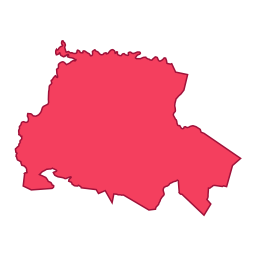 the district of Pluma Hidalgo, Oaxaca, Mexico
{"feature_id": "50627088B69643884301220", "entity_name": "Pluma Hidalgo", "entity_type": "district", "adm_level": 2, "iso_a3": "MEX", "parent_name": "Mexico", "parent_adm1": "Oaxaca", "projection": "mercator", "projection_center": [-96.45, 15.922], "detail": "fine", "context": "isolated", "style": "filled", "palette": "rose", "viewbox_px": 256, "rotation_deg": 0, "n_neighbors": 0, "source": "geoboundaries", "source_scale": "gbopen_adm2", "svg_char_len": 5596}
<svg xmlns="http://www.w3.org/2000/svg" viewBox="0 0 256 256"><path d="M240.6,158.4L204.1,133.4L201.3,132.3L200.9,131.8L200.3,129.6L199.7,129.0L196.0,126.7L193.2,125.8L192.4,125.8L190.2,126.4L188.9,127.2L187.4,127.6L186.3,127.3L185.8,126.9L185.3,126.7L184.8,126.8L184.0,127.2L183.7,128.3L182.8,128.7L182.2,128.6L181.3,128.2L180.2,126.4L179.7,125.6L178.6,125.6L177.7,125.2L177.0,123.2L176.7,121.1L176.4,120.3L176.2,119.8L175.4,119.2L174.7,117.7L173.5,115.6L173.3,114.7L173.5,113.8L174.0,112.8L175.2,111.5L175.4,110.4L175.2,108.3L174.7,105.8L175.0,103.1L176.1,98.8L177.3,97.6L178.4,96.2L181.0,93.9L183.9,90.1L187.6,74.6L175.6,72.1L171.7,63.7L170.4,64.1L167.8,63.6L167.0,63.3L166.7,62.0L166.5,60.6L165.6,58.1L164.2,57.9L163.5,58.8L161.9,60.2L160.4,61.0L159.7,61.2L158.9,60.7L158.2,59.8L157.3,57.6L156.7,57.2L155.3,56.9L152.8,59.0L151.8,60.2L150.0,59.9L149.2,59.2L148.3,59.1L147.4,58.6L146.4,58.1L145.8,57.2L144.0,57.3L143.1,57.5L140.4,58.7L136.5,58.7L135.5,58.0L135.5,57.5L136.9,55.6L137.7,54.9L138.7,54.6L139.9,54.0L140.4,53.1L140.1,52.5L139.8,52.2L139.2,52.0L137.4,52.0L134.6,53.2L133.2,53.5L132.0,53.2L130.7,52.2L129.8,52.1L128.5,52.6L128.3,52.9L128.3,53.7L128.5,54.8L128.3,55.2L127.7,55.4L127.1,55.3L125.3,54.7L124.1,53.6L123.4,53.7L122.5,54.0L121.2,55.6L119.9,55.6L118.0,54.8L117.6,54.3L117.4,53.1L117.4,52.0L116.8,51.8L116.6,52.0L116.1,52.8L115.7,53.1L115.2,53.3L114.9,52.6L115.0,52.0L114.9,51.5L114.3,50.7L112.9,49.7L112.2,49.7L111.7,49.8L110.5,50.4L109.1,52.0L108.0,53.5L106.5,53.8L106.4,53.1L106.0,52.8L105.4,52.9L104.0,53.3L103.4,54.1L102.9,54.5L101.4,54.8L100.7,54.6L100.0,54.2L97.8,51.8L95.9,51.0L95.6,50.8L95.1,49.9L94.8,49.8L94.5,49.9L92.8,51.1L92.4,51.6L92.4,52.1L92.6,52.9L92.6,53.8L92.4,54.8L91.8,55.6L90.9,55.8L90.6,55.8L89.4,53.9L88.4,53.3L87.6,53.0L85.1,51.2L84.2,50.9L83.6,50.9L83.2,51.0L82.9,51.4L82.9,52.6L82.4,52.8L81.0,52.8L80.2,52.4L79.9,52.0L79.7,51.2L77.8,50.1L77.4,50.3L77.2,50.6L77.0,51.2L76.8,52.7L76.1,53.2L75.5,53.4L74.1,53.5L72.9,53.2L72.2,52.8L71.4,52.7L71.0,52.9L70.3,52.8L69.3,52.2L68.6,51.5L68.0,51.6L66.5,52.1L66.1,52.0L65.6,50.6L64.7,47.5L64.8,46.8L65.4,45.2L65.3,44.5L64.6,42.8L63.5,41.9L63.1,40.9L62.5,40.8L62.1,40.9L61.8,41.5L61.5,43.0L61.7,44.0L62.2,44.6L62.6,45.6L62.2,46.0L60.5,46.7L59.7,47.4L59.0,48.1L57.9,49.8L57.4,50.0L56.8,49.8L56.5,49.3L55.9,50.4L55.7,51.8L55.8,53.4L56.4,54.8L57.3,54.6L58.9,53.8L59.4,52.9L59.6,52.8L60.0,53.1L60.3,54.3L60.9,55.4L63.5,56.8L65.0,56.4L65.0,55.9L66.0,55.4L67.1,54.6L67.4,54.5L68.4,54.5L68.6,55.1L67.4,56.1L67.5,56.7L69.9,57.6L71.7,57.8L73.3,58.3L75.3,59.6L75.9,59.6L75.8,60.3L75.0,60.9L73.3,60.5L70.8,62.0L70.6,62.4L69.4,63.2L66.5,64.6L64.9,63.0L63.9,62.2L63.3,61.9L62.3,61.8L60.4,62.6L59.4,63.4L58.5,64.3L58.4,65.5L58.5,66.5L58.3,67.9L57.8,68.5L57.0,68.9L56.6,69.5L56.9,73.5L57.6,76.1L57.6,77.3L57.3,77.5L56.8,77.3L56.2,76.8L55.6,75.7L55.1,75.9L54.6,76.6L53.7,77.4L52.1,80.0L51.6,80.1L51.2,80.5L51.4,81.9L51.8,83.0L51.4,83.8L50.9,84.4L50.3,84.8L49.3,86.1L49.0,90.1L48.7,91.4L48.5,95.9L48.4,99.5L48.6,102.5L47.9,104.2L43.3,106.5L42.3,107.9L41.2,111.5L40.1,113.2L38.8,114.7L37.4,115.5L35.8,116.2L33.3,115.9L32.4,115.1L31.6,114.2L30.8,113.8L27.2,113.5L27.7,113.8L27.4,116.1L28.0,117.2L28.5,119.0L28.2,121.0L27.7,121.8L26.4,122.4L25.2,122.3L23.7,121.7L22.7,121.9L21.7,122.4L21.3,123.2L20.9,124.8L19.4,126.6L19.5,128.8L19.1,129.4L18.7,130.3L18.7,132.1L18.9,132.6L18.9,133.8L18.8,134.6L20.0,135.0L20.1,135.5L20.9,136.3L21.2,136.4L21.7,136.3L21.8,137.0L21.6,137.3L21.6,137.8L21.8,138.5L21.7,138.9L21.3,139.6L20.5,140.2L20.0,140.9L19.9,141.2L20.3,141.9L20.2,142.1L19.9,142.9L18.9,144.2L18.9,145.4L18.7,145.9L18.2,146.5L17.6,146.8L16.3,148.2L15.5,148.8L15.4,149.1L15.7,151.0L15.8,151.8L15.9,152.3L16.1,152.6L16.5,152.6L16.9,153.1L17.0,153.5L16.3,154.6L16.2,155.1L16.3,155.8L16.0,156.2L16.1,156.5L16.6,156.9L16.7,157.7L17.3,159.6L17.8,160.1L18.9,160.6L20.1,161.3L21.0,162.0L21.0,162.6L20.9,162.9L21.1,163.3L21.4,164.1L21.5,164.2L21.6,164.9L21.9,165.3L23.0,165.5L23.4,165.8L24.4,166.0L24.6,166.2L24.8,166.6L25.2,166.8L25.3,167.1L25.9,167.6L26.6,169.1L26.7,169.6L26.6,171.0L26.9,171.8L27.0,172.4L26.8,172.8L25.2,172.8L24.3,173.5L24.6,173.8L23.2,186.0L31.3,189.9L52.1,188.4L53.5,187.3L53.7,186.5L53.7,185.7L53.0,185.2L52.3,185.1L51.7,183.8L51.0,182.7L50.2,182.2L48.3,181.4L47.2,179.4L45.8,177.5L42.5,175.9L39.4,174.6L41.9,172.0L42.9,171.3L44.2,170.7L46.6,169.3L49.2,169.0L50.6,169.0L52.6,168.2L53.2,168.7L54.2,169.0L56.3,170.1L56.7,170.6L56.5,171.1L55.4,171.8L54.4,171.9L53.3,172.5L54.1,174.1L54.8,175.2L55.8,175.8L58.0,176.8L61.0,177.3L63.4,177.8L65.0,178.6L65.9,178.6L69.2,177.2L70.8,176.8L71.1,177.2L70.7,177.9L69.6,178.9L68.9,179.9L68.7,181.2L71.2,182.2L71.7,182.9L72.3,184.4L73.3,184.8L74.0,185.5L74.8,185.8L77.2,186.0L77.7,186.0L78.3,185.3L78.8,185.4L80.6,186.6L81.1,187.1L81.3,187.8L96.2,189.6L98.5,193.5L105.2,190.6L112.1,202.7L113.8,194.0L116.6,194.2L118.2,194.8L120.4,194.8L121.5,195.1L123.5,195.0L148.9,210.0L155.5,209.2L155.7,208.0L156.1,207.1L158.5,204.5L159.0,203.0L160.2,200.7L160.4,199.6L162.1,197.0L163.7,195.3L164.1,194.4L164.0,193.2L163.7,192.5L163.2,190.3L163.3,189.0L163.8,187.9L164.2,187.2L165.2,186.8L165.8,186.4L167.4,186.0L169.0,184.8L169.6,183.7L170.7,183.1L171.9,182.6L172.9,182.0L174.2,181.5L175.8,181.2L177.3,180.1L178.3,180.7L179.2,192.0L179.0,192.5L179.8,193.5L180.5,194.1L181.1,194.2L181.9,194.2L204.0,215.2L210.8,204.0L206.9,199.5L207.8,197.8L208.1,196.0L208.0,195.1L208.5,188.1L209.1,188.2L209.9,188.1L211.1,187.1L212.0,186.6L212.9,185.7L213.7,185.5L214.7,185.4L222.4,186.5L223.6,185.8L224.9,186.2L226.6,186.6L232.5,165.5L240.6,158.4Z" fill="#f43f5e" stroke="#9f1239" stroke-width="1.5"/></svg>